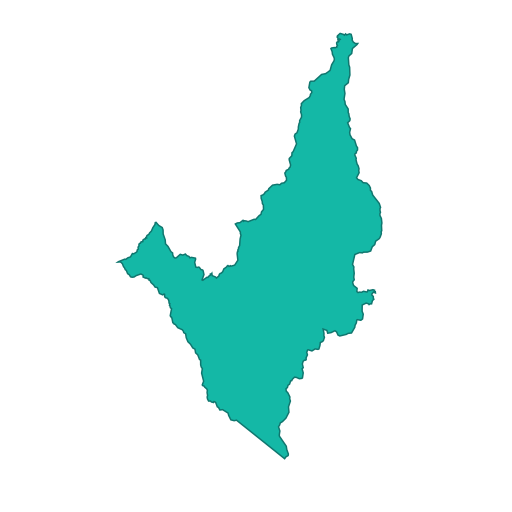 the district of Yarumal, Antioquia, Colombia, rotated 350°
{"feature_id": "7082276B85908118350563", "entity_name": "Yarumal", "entity_type": "district", "adm_level": 2, "iso_a3": "COL", "parent_name": "Colombia", "parent_adm1": "Antioquia", "projection": "robinson", "projection_center": [-75.435, 7.007], "detail": "fine", "context": "isolated", "style": "filled", "palette": "teal", "viewbox_px": 512, "rotation_deg": 350, "n_neighbors": 0, "source": "geoboundaries", "source_scale": "gbopen_adm2", "svg_char_len": 6117}
<svg xmlns="http://www.w3.org/2000/svg" viewBox="0 0 512 512"><g transform="rotate(350 256 256)"><path d="M266.2,216.7L261.9,220.0L260.6,219.5L254.2,220.8L252.4,219.8L250.4,219.2L249.9,219.6L249.4,218.6L245.9,220.4L243.3,220.2L241.2,220.9L244.8,229.6L244.5,231.0L244.8,232.9L243.3,236.5L241.7,242.9L240.3,244.6L240.0,245.9L239.1,247.0L239.1,248.2L238.3,248.8L237.8,250.6L237.4,257.0L233.4,261.3L229.3,261.7L229.0,261.1L227.6,261.6L226.7,260.5L225.7,261.0L225.1,261.7L222.1,263.1L220.5,265.7L218.7,266.9L217.8,266.9L216.7,267.7L215.9,269.3L213.2,270.8L212.4,269.6L209.4,267.7L209.5,265.4L209.1,265.8L207.9,265.8L207.6,267.0L205.8,267.8L205.0,268.7L203.8,268.5L199.4,270.7L198.7,270.2L201.5,265.3L201.4,261.5L201.0,260.5L199.4,259.8L198.2,257.3L197.3,256.9L196.2,257.1L194.8,256.5L194.5,251.6L196.0,248.6L196.0,247.6L192.1,246.1L190.6,246.3L189.9,244.8L187.9,243.6L186.8,241.8L184.1,242.4L181.7,241.2L177.3,243.9L175.9,244.0L174.7,242.6L174.2,240.6L174.4,238.5L173.0,237.0L171.0,231.3L169.0,228.3L169.4,224.4L168.4,218.2L169.0,214.2L168.6,211.7L165.5,209.0L163.4,205.5L162.6,205.6L162.0,207.4L159.4,210.1L157.3,213.3L155.2,214.8L154.3,216.0L152.2,216.9L151.4,218.1L151.4,219.2L150.5,218.9L149.9,220.0L149.1,219.8L147.4,220.7L147.0,222.2L145.3,222.1L144.4,223.4L143.8,223.3L142.8,224.0L142.5,225.7L141.4,226.8L141.3,228.7L140.0,229.5L139.7,230.8L138.9,231.5L135.9,232.6L134.7,232.1L132.2,235.1L129.5,235.5L127.2,236.7L126.2,236.3L119.5,237.7L118.9,238.0L121.1,238.2L122.1,238.9L123.1,240.5L123.7,243.5L124.5,244.9L124.9,246.8L125.8,247.7L126.5,251.1L128.0,252.5L128.8,254.7L130.3,255.4L132.3,255.5L134.6,254.5L139.5,253.7L141.3,255.1L141.6,255.9L141.1,257.0L143.3,258.6L143.9,258.4L145.2,259.5L146.5,259.7L146.4,261.1L147.4,261.6L148.0,263.9L150.2,266.8L151.2,269.1L153.4,270.0L154.4,276.1L157.4,278.1L158.8,277.5L159.3,277.8L159.0,280.3L159.6,281.3L161.3,282.2L162.1,283.6L162.4,285.4L162.2,287.3L162.9,288.0L162.2,289.5L162.6,290.1L162.7,292.1L163.7,293.2L161.2,299.8L161.4,301.0L162.1,301.4L162.4,302.8L162.5,307.3L163.2,307.8L163.5,308.8L164.7,309.4L166.5,313.0L170.7,315.9L171.5,317.7L171.5,318.9L173.2,320.4L173.1,324.4L174.1,328.7L176.1,331.4L177.8,335.6L179.7,337.1L179.7,340.9L181.5,343.3L182.4,348.1L183.4,348.9L182.6,353.6L182.8,355.8L183.6,357.6L182.1,361.9L182.7,370.2L180.7,373.6L180.9,374.3L182.3,375.1L182.7,376.2L184.4,378.3L184.8,379.6L184.1,382.1L184.1,385.0L183.4,386.4L183.4,388.3L184.1,390.6L186.1,391.0L186.7,392.0L188.7,392.9L189.3,392.0L190.0,392.3L190.9,393.4L191.7,397.8L192.8,398.7L193.7,401.4L196.4,401.5L201.2,405.8L201.4,408.3L202.8,413.0L205.9,414.4L208.3,414.3L249.0,460.6L250.6,459.0L253.0,458.1L253.5,456.6L252.7,452.1L252.8,448.6L247.8,437.6L247.8,436.4L249.1,432.5L248.5,428.1L249.9,426.6L250.9,424.6L253.3,423.7L257.3,420.9L261.3,415.6L261.8,410.2L264.7,404.8L264.4,402.5L264.9,400.7L263.6,396.2L262.3,394.3L262.5,391.9L264.1,391.0L265.0,388.9L266.8,388.0L268.4,385.0L269.5,385.0L270.6,383.5L273.0,382.0L274.9,382.7L277.4,384.4L279.9,384.5L280.6,384.1L282.2,379.3L281.8,375.1L283.1,374.2L282.9,370.4L284.1,367.9L285.6,367.0L286.9,367.2L287.5,366.5L287.6,365.0L289.5,362.3L289.2,359.7L290.5,357.5L291.1,357.4L294.6,359.2L298.1,357.8L300.8,358.7L301.8,358.5L303.4,355.3L304.3,352.4L306.6,351.8L307.7,351.0L309.3,347.9L309.0,346.3L309.5,343.9L309.4,339.6L312.9,341.6L313.2,344.5L316.6,344.5L320.8,343.3L322.2,344.8L323.0,348.1L324.6,349.3L331.3,348.9L333.2,348.2L336.7,348.4L340.9,343.4L341.5,341.5L343.2,339.3L344.1,336.6L344.8,336.3L348.1,337.5L350.0,336.5L351.5,331.9L350.9,328.8L352.1,322.7L356.3,321.5L358.5,322.6L358.9,323.5L360.5,322.9L361.5,323.2L362.9,320.2L364.6,319.0L364.2,318.1L364.5,316.2L363.4,314.7L363.4,313.7L365.3,312.0L367.2,313.1L367.3,311.8L366.4,311.4L366.8,310.3L365.3,309.5L361.7,309.7L360.4,308.9L359.6,310.4L359.0,310.7L355.7,309.4L353.6,310.1L351.6,309.5L350.1,309.7L349.1,308.5L350.0,305.4L347.0,302.0L346.6,299.4L346.8,298.1L348.6,296.5L348.6,293.8L349.7,290.1L350.0,285.6L350.5,283.8L349.6,281.1L353.6,271.7L358.5,270.6L361.4,271.4L362.5,270.9L366.5,271.5L369.8,271.0L372.1,267.1L374.9,265.4L376.4,262.2L380.4,260.3L381.6,258.9L383.3,255.9L383.5,253.8L384.2,253.0L384.9,247.6L385.7,245.4L386.0,240.8L385.1,237.6L385.3,236.0L386.2,234.5L386.0,233.2L386.3,230.9L387.1,229.8L386.5,225.6L381.5,216.2L381.1,212.5L380.1,211.2L380.5,208.9L379.7,206.2L377.7,203.4L374.2,202.4L372.7,200.1L369.6,198.3L368.6,196.4L372.0,191.9L372.0,189.7L372.6,188.0L372.3,185.0L371.5,182.9L371.2,178.6L371.7,177.1L370.8,173.6L371.4,172.4L372.7,171.9L373.0,170.5L374.4,169.2L374.8,166.9L374.0,165.2L373.2,158.9L371.0,157.2L369.6,152.9L369.7,150.4L371.2,147.0L370.4,145.6L369.4,140.7L371.9,139.0L372.5,137.3L372.0,134.7L372.1,131.8L371.7,130.9L372.3,127.2L370.2,122.2L370.4,119.3L369.9,117.0L371.8,111.4L371.9,107.1L372.9,103.7L377.0,101.4L377.9,98.2L379.9,94.1L381.0,86.3L380.6,83.9L381.4,76.6L382.3,75.1L385.4,73.2L387.0,68.4L392.2,65.3L393.1,64.4L390.9,64.1L389.0,62.3L388.2,60.1L388.6,58.5L388.2,54.2L386.8,53.5L383.6,54.0L382.8,52.8L381.4,53.9L380.7,53.0L377.5,51.4L374.5,53.3L374.6,53.9L373.9,54.4L374.6,56.0L374.2,57.2L376.1,56.8L376.5,57.3L375.0,57.9L374.9,58.9L374.2,59.5L373.3,59.2L372.4,60.1L372.3,61.6L372.8,62.7L371.9,63.5L371.9,64.3L369.9,64.7L369.4,64.3L366.4,64.3L365.8,64.7L366.5,68.1L366.3,70.5L367.4,74.4L367.3,75.9L366.8,77.2L363.7,80.8L361.2,86.1L356.3,88.5L352.1,88.6L343.7,93.9L340.1,93.4L339.2,94.2L337.3,99.4L338.1,102.0L339.4,102.8L339.3,104.8L337.7,106.2L337.4,107.4L335.9,109.2L330.4,111.4L327.1,113.8L326.9,115.7L325.8,117.5L325.6,120.4L325.0,121.8L325.4,124.8L324.9,127.2L322.5,130.2L322.2,132.1L321.5,132.8L320.1,136.3L319.7,138.4L317.7,141.8L315.7,142.7L314.6,144.6L315.4,152.6L310.7,159.7L309.4,160.5L308.7,163.5L305.7,165.7L305.4,167.0L305.9,172.4L305.0,174.4L303.7,175.3L303.3,176.2L300.6,177.0L300.1,178.1L298.8,179.3L299.0,182.4L299.6,183.8L299.2,186.7L296.5,188.8L293.7,188.8L291.9,190.0L289.3,189.1L284.6,189.1L280.3,191.9L279.6,193.2L276.0,194.8L275.2,196.0L273.2,197.1L271.5,197.4L271.1,200.2L271.6,203.2L271.4,205.6L272.1,207.0L271.5,211.4L269.1,213.5L268.1,215.9L266.2,216.7Z" fill="#14b8a6" stroke="#0f766e" stroke-width="1.5"/></g></svg>